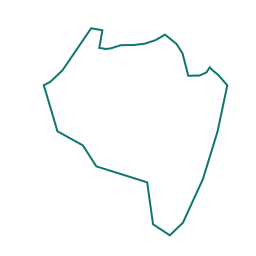 SVG path tracing the border of Hartlepool, rotated 280°
{"feature_id": "GBR-2030", "entity_name": "Hartlepool", "entity_type": "Unitary Authority", "adm_level": 1, "iso_a3": "GBR", "parent_name": "United Kingdom", "parent_adm1": "", "projection": "mercator", "projection_center": [-1.233, 54.666], "detail": "fine", "context": "isolated", "style": "outline", "palette": "teal", "viewbox_px": 256, "rotation_deg": 280, "n_neighbors": 0, "source": "natural_earth", "source_scale": "10m", "svg_char_len": 556}
<svg xmlns="http://www.w3.org/2000/svg" viewBox="0 0 256 256"><g transform="rotate(280 128 128)"><path d="M155.5,37.6L159.8,43.3L173.3,53.4L219.8,74.4L219.8,85.8L201.9,85.8L202.0,92.7L203.5,97.4L208.4,106.7L210.6,118.9L214.0,130.0L219.2,139.7L226.4,148.2L219.2,161.2L210.8,168.8L189.9,178.3L192.1,189.3L196.4,195.6L201.9,198.0L199.3,201.7L195.9,207.7L187.2,218.4L185.1,218.3L140.3,216.8L90.9,210.7L44.2,198.5L29.6,187.8L37.5,169.4L77.8,156.3L84.7,103.5L103.0,86.6L112.5,59.1L151.8,39.5L155.5,37.6Z" fill="none" stroke="#0f766e" stroke-width="2"/></g></svg>